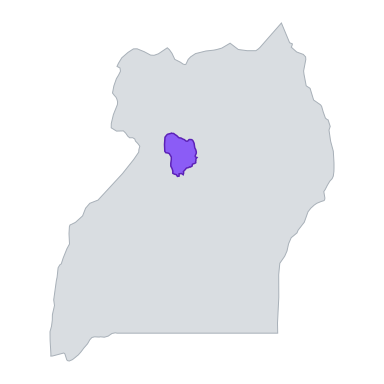 Uganda, with Kiryandongo highlighted
{"feature_id": "UGA-5609", "entity_name": "Kiryandongo", "entity_type": "District", "adm_level": 1, "iso_a3": "UGA", "parent_name": "Uganda", "parent_adm1": "", "projection": "robinson", "projection_center": [32.118, 2.003], "detail": "fine", "context": "in_parent", "style": "filled", "palette": "violet", "viewbox_px": 384, "rotation_deg": 0, "n_neighbors": 0, "source": "natural_earth", "source_scale": "10m", "svg_char_len": 3315}
<svg xmlns="http://www.w3.org/2000/svg" viewBox="0 0 384 384"><path d="M277.7,333.2L271.9,333.2L262.6,333.2L253.3,333.2L244.0,333.2L234.7,333.2L225.3,333.2L216.0,333.2L206.7,333.2L197.4,333.2L188.0,333.2L178.7,333.2L169.4,333.2L160.1,333.2L150.7,333.2L141.4,333.2L132.1,333.2L122.8,333.2L117.3,333.2L116.2,333.0L115.4,332.8L111.9,333.5L108.2,336.1L104.4,337.2L100.2,336.8L99.7,337.0L97.6,337.0L94.6,336.8L91.9,337.5L89.8,339.8L87.6,343.7L83.8,348.1L80.8,352.1L78.3,354.9L72.5,359.6L69.3,361.0L67.7,360.7L66.8,359.9L64.9,353.9L63.8,353.0L52.5,356.0L50.8,356.1L50.9,354.2L50.1,340.3L50.0,331.7L51.5,326.3L52.3,320.2L52.4,314.7L54.5,305.5L53.7,299.9L56.4,280.4L57.1,277.2L58.1,267.8L59.8,264.9L61.3,263.8L63.2,258.0L66.9,248.8L69.5,244.0L69.0,233.6L69.4,226.6L70.0,225.0L75.4,222.4L82.6,215.9L85.6,208.2L89.8,203.3L98.0,200.1L122.4,173.7L133.7,159.5L138.7,152.2L138.9,149.6L139.8,146.2L137.8,143.5L135.5,141.1L134.7,138.9L132.6,137.7L129.7,137.8L127.8,136.2L125.6,133.0L123.4,130.9L116.5,131.1L111.2,127.8L111.3,123.4L113.4,114.6L117.4,104.6L117.6,101.8L117.0,99.5L116.1,97.4L114.3,95.4L112.5,93.0L113.9,85.8L116.4,78.7L118.5,75.2L120.5,71.2L120.0,68.0L117.0,66.4L118.5,63.2L121.8,57.8L128.0,52.4L133.4,48.9L137.1,48.8L144.2,51.7L150.6,55.1L154.1,55.3L158.4,53.8L167.3,47.8L169.4,49.7L172.0,53.4L174.8,59.4L180.4,62.2L183.1,64.1L185.0,64.6L186.0,64.1L188.2,59.4L190.7,56.8L195.5,53.6L205.9,51.0L213.3,50.2L216.5,49.6L221.8,48.1L230.1,43.2L238.3,49.5L247.3,50.7L255.9,50.7L258.5,48.8L260.1,47.3L269.1,37.0L281.4,23.0L289.6,42.7L292.4,43.9L292.0,45.6L291.3,47.2L296.7,52.0L303.3,54.4L305.6,56.9L305.8,59.5L303.6,71.0L304.0,74.3L306.2,85.8L310.1,88.4L313.6,100.0L320.6,104.9L321.6,106.3L323.2,111.9L325.4,118.1L327.1,119.5L328.1,119.9L330.2,126.4L329.0,130.1L330.6,141.2L333.3,151.2L334.0,163.1L334.0,168.3L333.9,171.5L333.3,176.1L332.1,178.7L329.8,181.2L327.4,185.2L325.2,189.5L323.8,191.6L324.9,198.1L324.6,199.8L324.0,200.6L320.9,201.6L316.8,203.3L314.3,205.0L310.8,208.2L308.0,211.8L304.3,222.2L298.1,230.2L297.0,232.9L291.2,237.7L288.6,243.7L287.0,251.0L284.7,256.2L279.8,263.3L278.7,274.7L278.8,297.3L277.5,323.1L277.7,333.2Z" fill="#d9dde1" stroke="#a8b0b8" stroke-width="1"/><path d="M196.0,150.6L196.3,151.9L196.3,153.0L196.1,153.7L195.4,155.3L195.2,156.1L195.4,156.8L195.8,157.1L196.3,157.3L197.0,157.5L196.3,158.4L196.0,158.8L195.9,159.3L195.9,160.6L195.8,161.2L195.6,161.5L195.8,162.7L194.8,163.4L193.4,163.8L192.5,164.2L192.3,164.8L192.2,165.5L192.0,166.2L191.4,166.5L190.9,166.7L190.5,167.0L190.1,167.1L189.5,166.9L188.8,167.5L186.4,168.1L185.9,168.7L185.5,169.3L183.9,171.0L183.3,171.8L183.7,172.9L183.2,174.7L181.4,173.5L179.1,173.8L179.1,176.1L177.4,176.4L176.4,174.7L174.3,174.1L172.8,173.3L172.8,171.0L172.1,168.7L170.8,166.1L170.8,163.3L171.3,159.6L171.3,157.0L170.3,155.3L169.3,153.6L167.8,153.0L165.8,152.7L164.8,151.3L164.5,144.5L165.0,137.2L166.7,135.0L167.5,134.3L168.5,134.0L170.6,133.5L171.5,133.1L172.0,133.4L172.5,133.4L173.1,133.4L173.7,133.5L174.2,133.9L175.5,134.9L176.6,135.5L178.7,137.6L179.2,137.8L180.8,138.0L181.4,138.2L182.7,139.0L184.3,139.6L186.1,141.1L187.3,141.2L187.9,140.9L188.7,139.9L189.1,139.6L189.6,139.5L191.4,139.6L191.5,139.6L192.4,140.1L193.2,141.2L194.1,143.3L194.7,147.4L195.0,148.4L195.6,149.3L196.0,150.6Z" fill="#8b5cf6" stroke="#5b21b6" stroke-width="1.5"/></svg>